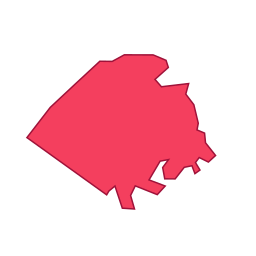 Jessamine, Kentucky, United States of America (Natural Earth projection), rotated 290°
{"feature_id": "52423323B70130462183378", "entity_name": "Jessamine", "entity_type": "district", "adm_level": 2, "iso_a3": "USA", "parent_name": "United States of America", "parent_adm1": "Kentucky", "projection": "natural_earth1", "projection_center": [-84.584, 37.866], "detail": "fine", "context": "isolated", "style": "filled", "palette": "rose", "viewbox_px": 256, "rotation_deg": 290, "n_neighbors": 0, "source": "geoboundaries", "source_scale": "gbopen_adm2", "svg_char_len": 688}
<svg xmlns="http://www.w3.org/2000/svg" viewBox="0 0 256 256"><g transform="rotate(290 128 128)"><path d="M57.9,130.8L62.2,131.6L69.0,135.6L50.7,150.1L54.1,161.8L65.5,153.5L76.1,154.6L75.4,178.3L86.2,182.8L86.4,165.5L107.8,169.5L112.2,176.9L102.7,174.1L92.8,179.9L96.3,189.7L110.3,194.3L114.4,201.0L108.0,206.5L113.1,210.0L118.6,203.2L124.6,205.0L123.5,215.2L132.1,219.7L140.6,205.9L149.4,201.7L149.8,193.5L156.5,192.4L172.4,181.9L179.6,170.7L190.5,169.8L178.2,145.3L182.9,136.7L198.7,145.2L204.6,140.6L205.3,126.7L195.5,99.5L185.2,90.4L181.1,78.7L158.3,67.0L151.1,63.3L132.4,53.8L120.8,47.9L114.2,45.8L84.4,36.3L57.9,130.8Z" fill="#f43f5e" stroke="#9f1239" stroke-width="1.5"/></g></svg>